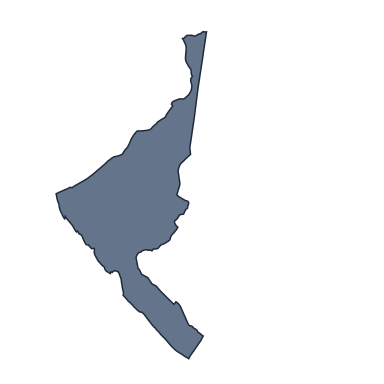 Acaraú, Ceará, Brazil (Albers equal-area conic projection), rotated 224°
{"feature_id": "56859067B6920574376771", "entity_name": "Acaraú", "entity_type": "district", "adm_level": 2, "iso_a3": "BRA", "parent_name": "Brazil", "parent_adm1": "Ceará", "projection": "albers", "projection_center": [-40.098, -3.061], "detail": "fine", "context": "isolated", "style": "filled", "palette": "slate", "viewbox_px": 384, "rotation_deg": 224, "n_neighbors": 0, "source": "geoboundaries", "source_scale": "gbopen_adm2", "svg_char_len": 3962}
<svg xmlns="http://www.w3.org/2000/svg" viewBox="0 0 384 384"><g transform="rotate(224 192 192)"><path d="M288.5,96.3L286.2,94.7L284.4,93.4L282.3,92.2L281.0,91.5L279.5,91.0L277.1,89.0L274.6,87.5L270.1,85.7L266.4,84.4L265.0,84.3L266.2,86.5L264.0,85.8L261.8,85.6L260.0,85.5L257.6,85.2L255.6,85.0L254.2,84.7L251.0,83.8L249.1,83.2L247.5,82.9L247.3,84.4L244.5,83.4L243.0,83.8L241.4,84.2L238.7,83.1L236.6,82.2L235.2,81.7L233.5,81.0L231.3,80.7L229.7,81.9L226.9,81.6L224.8,81.5L223.1,83.5L221.7,82.4L220.7,80.8L218.5,79.4L213.3,77.7L211.2,77.1L209.6,77.1L206.4,76.8L204.8,76.8L202.8,77.1L201.4,76.0L198.5,75.5L196.4,76.0L194.0,76.6L194.8,78.2L193.5,78.8L193.4,80.7L192.1,82.4L189.3,83.3L187.8,82.7L186.2,81.9L183.7,80.7L181.9,79.8L180.0,78.0L177.7,76.5L176.3,75.3L175.1,74.4L173.8,73.6L172.1,72.5L170.6,71.2L169.7,69.8L167.8,69.8L166.2,69.7L164.6,69.5L163.1,69.4L161.7,69.1L159.8,69.5L157.9,69.3L156.2,69.4L154.2,69.1L152.5,69.1L150.5,69.1L148.6,69.1L146.4,69.4L144.5,70.7L141.9,70.8L136.2,69.9L134.7,69.6L132.2,69.3L130.8,69.1L129.0,68.8L127.1,68.6L125.7,68.5L124.0,68.6L121.2,68.2L119.1,68.3L116.1,67.9L114.3,67.7L111.6,67.7L109.9,67.7L108.5,67.6L106.6,67.4L104.5,67.2L102.6,67.0L100.0,66.8L97.3,66.7L93.9,66.8L91.6,67.1L88.7,67.7L87.2,68.1L83.3,68.7L81.4,69.1L79.9,69.6L78.5,69.8L79.4,72.3L80.0,76.3L80.3,78.4L81.6,86.1L82.4,91.1L83.9,96.2L86.0,95.8L88.6,95.8L90.2,95.2L92.0,96.0L94.1,95.9L96.1,95.2L97.5,95.6L99.5,95.2L101.0,94.1L102.6,94.2L119.5,101.1L121.6,101.8L123.1,102.1L124.8,102.2L127.3,101.9L127.0,100.1L127.0,98.6L146.0,98.8L152.3,99.5L157.1,98.1L164.3,99.7L171.2,97.8L173.2,98.6L175.9,99.6L178.0,99.8L186.4,105.7L187.5,107.4L187.9,109.0L188.2,111.0L187.1,113.3L186.9,115.3L186.2,116.6L185.3,118.3L183.6,119.3L182.5,120.2L181.5,121.6L179.9,121.8L180.2,124.1L178.4,125.9L177.3,127.8L177.5,130.1L177.5,132.8L176.6,134.2L176.0,135.8L175.6,137.3L175.0,139.7L174.6,141.7L175.1,143.2L176.2,145.0L176.6,146.7L176.8,148.7L176.6,150.3L176.9,151.8L177.0,154.2L177.8,156.9L179.7,156.7L181.1,157.1L183.1,157.6L184.3,159.0L184.1,161.2L184.2,163.6L184.8,165.8L184.7,167.8L183.7,168.9L182.7,170.2L183.2,171.6L183.9,173.5L184.3,175.6L184.0,177.3L185.2,178.8L185.8,180.3L186.6,181.8L188.3,182.5L191.1,181.2L194.4,180.4L195.7,180.1L198.6,179.5L201.0,179.5L201.8,181.2L202.8,182.9L203.7,184.8L204.6,186.5L205.3,187.9L206.2,189.3L207.5,190.4L209.1,191.7L211.0,193.1L212.3,194.1L213.5,195.1L214.6,195.9L216.0,197.0L217.3,198.4L218.4,200.5L219.4,202.7L219.8,205.2L219.6,207.9L219.6,210.3L219.5,212.8L219.4,214.9L219.3,216.5L219.2,218.1L224.3,222.3L242.1,247.2L259.1,269.9L264.8,277.9L279.3,298.4L280.6,300.1L292.8,317.3L293.8,316.1L295.1,315.5L295.8,313.7L295.8,312.0L296.8,310.4L297.4,308.5L298.1,306.3L299.3,305.4L300.9,304.7L302.3,303.3L304.4,301.2L304.7,299.3L304.5,297.4L305.5,295.8L303.6,295.4L301.8,294.6L300.4,294.1L298.5,293.3L296.4,291.8L295.1,290.3L293.9,288.9L292.7,287.3L291.1,285.4L289.8,283.8L288.0,282.3L285.7,281.2L284.0,280.8L282.0,280.1L279.7,279.6L277.9,279.4L276.4,278.2L275.4,277.2L273.5,275.9L271.9,275.3L271.7,272.9L270.2,271.0L268.3,269.9L266.4,268.8L265.2,267.5L263.7,265.4L262.8,263.4L262.2,261.3L261.9,259.5L262.1,257.2L262.2,255.6L262.3,254.0L263.2,252.5L264.6,251.3L265.8,250.1L266.6,248.3L267.3,246.9L268.2,244.9L268.6,242.9L267.9,240.9L265.7,240.6L265.0,235.6L264.7,233.3L264.1,229.7L263.2,227.7L263.5,225.8L264.3,223.2L264.7,221.3L265.4,218.3L265.1,216.0L265.4,213.6L265.5,212.2L265.4,209.0L265.7,207.4L267.1,205.3L270.3,201.4L271.3,200.3L273.7,198.0L273.9,196.4L273.7,194.8L273.6,192.9L273.1,190.6L272.4,187.5L271.1,184.5L270.3,181.9L269.4,179.3L269.5,176.4L269.1,174.0L268.4,170.6L269.1,168.9L270.2,166.6L272.6,163.1L273.3,160.5L273.7,157.5L274.0,156.0L274.1,151.2L274.3,149.5L274.5,147.0L275.1,141.3L275.5,136.5L276.0,133.2L276.2,131.7L276.6,129.1L277.2,126.7L277.7,125.0L278.1,123.6L278.7,121.4L280.1,116.8L280.9,114.0L281.3,111.7L283.0,110.7L283.5,108.9L287.7,98.7L288.5,96.3Z" fill="#64748b" stroke="#1e293b" stroke-width="1.5"/></g></svg>